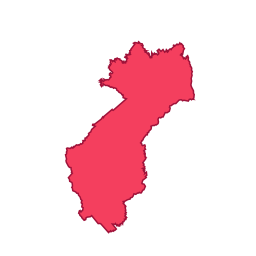 Upper Hunter, New South Wales, Australia, rotated 130°
{"feature_id": "25037944B30189264259012", "entity_name": "Upper Hunter", "entity_type": "district", "adm_level": 2, "iso_a3": "AUS", "parent_name": "Australia", "parent_adm1": "New South Wales", "projection": "natural_earth1", "projection_center": [150.757, -31.981], "detail": "fine", "context": "isolated", "style": "filled", "palette": "rose", "viewbox_px": 256, "rotation_deg": 130, "n_neighbors": 0, "source": "geoboundaries", "source_scale": "gbopen_adm2", "svg_char_len": 5844}
<svg xmlns="http://www.w3.org/2000/svg" viewBox="0 0 256 256"><g transform="rotate(130 128 128)"><path d="M206.3,138.4L205.8,136.0L206.5,134.9L208.2,133.2L209.7,132.8L209.7,132.1L211.5,130.0L210.6,127.0L210.9,125.4L210.1,124.1L211.1,123.0L211.7,120.2L213.1,118.1L213.1,116.7L214.9,116.1L215.5,115.4L215.2,114.7L215.5,114.2L218.0,112.8L218.2,112.4L217.9,111.2L219.6,110.1L220.5,109.8L221.8,110.4L222.3,110.0L222.7,110.3L222.8,111.1L222.1,111.7L222.7,112.0L225.0,111.0L225.0,109.9L225.8,108.7L225.9,106.3L226.4,105.8L226.9,102.3L225.8,101.7L225.6,102.1L224.8,101.7L224.0,102.4L222.5,102.0L220.0,99.7L218.5,99.5L220.4,89.4L219.1,88.0L218.9,87.0L220.5,76.3L219.9,76.0L220.1,75.7L219.4,75.8L218.9,75.0L218.0,75.2L218.1,74.2L216.4,73.5L216.3,72.9L215.7,73.3L215.0,72.3L212.9,72.0L211.6,78.2L210.0,76.0L209.3,76.1L209.7,75.0L209.4,74.7L209.8,74.2L209.2,74.1L209.6,73.5L209.0,73.4L209.2,72.4L208.7,71.7L208.3,72.7L207.7,72.4L207.9,71.9L207.0,72.0L206.9,71.6L206.3,72.2L205.7,71.2L205.8,71.8L204.5,71.5L204.8,70.6L203.1,71.7L202.6,71.1L200.6,71.3L200.2,72.0L199.4,70.9L198.6,71.3L198.9,71.7L198.6,72.0L197.6,71.6L197.7,72.4L197.2,72.6L197.4,73.6L196.8,73.6L196.6,74.2L195.4,74.1L195.2,75.3L194.0,74.9L193.8,75.9L193.0,76.9L192.5,76.8L190.6,79.2L189.8,79.1L189.7,79.9L189.3,79.8L188.8,83.1L187.8,83.0L187.5,85.1L187.3,83.8L183.1,82.2L181.0,80.7L179.9,81.2L178.5,80.3L177.0,80.3L174.6,81.1L173.8,79.4L171.8,79.0L171.5,78.4L170.0,77.9L170.0,77.0L169.1,76.1L166.3,76.7L165.0,76.1L161.5,77.2L160.7,79.6L161.6,81.5L161.3,81.9L158.6,83.1L154.2,82.2L154.0,83.5L152.2,83.2L150.0,85.5L151.9,85.9L151.4,86.1L151.1,87.8L150.2,87.7L150.6,89.0L149.5,89.8L149.2,88.7L148.5,88.8L149.2,90.6L148.0,89.8L146.9,90.1L146.6,92.3L145.4,92.5L145.1,94.3L140.0,94.7L139.3,95.9L138.9,95.6L138.9,96.6L137.2,97.9L137.6,98.0L137.4,99.0L136.5,98.9L136.1,99.7L135.6,99.7L135.3,101.3L133.0,100.9L132.6,102.3L130.8,103.1L130.2,104.3L132.1,105.5L132.1,106.4L131.3,107.3L131.3,108.8L129.4,108.8L129.0,109.3L127.5,108.9L125.6,109.6L121.6,109.7L120.8,108.8L119.1,110.1L118.2,109.3L117.1,109.9L114.2,109.6L112.7,110.3L111.9,111.5L109.8,110.4L109.5,109.6L107.6,108.8L107.5,108.3L105.3,107.8L103.7,108.6L102.1,110.6L100.5,111.0L99.4,110.4L99.2,109.4L97.6,109.0L97.0,108.2L92.3,109.4L91.2,107.9L88.6,107.1L86.1,108.2L85.5,108.7L85.6,109.4L84.2,110.2L83.3,109.4L79.9,108.5L78.5,107.1L73.8,106.8L72.2,105.5L71.9,104.2L72.1,103.8L70.8,103.0L68.6,99.1L66.7,99.4L65.7,98.7L65.6,97.5L64.6,97.3L64.0,96.4L64.0,96.8L62.8,96.8L59.7,98.9L59.4,100.0L57.4,101.8L55.8,105.6L54.6,107.5L51.2,109.4L49.5,111.4L46.3,112.9L45.5,114.2L43.3,115.1L43.1,116.3L41.2,117.7L40.6,118.9L40.8,119.7L39.7,120.6L39.2,122.2L37.9,123.1L37.3,125.4L35.3,126.9L34.3,128.8L36.4,129.1L36.5,128.2L38.3,128.4L38.1,130.0L39.1,130.1L38.0,132.3L38.3,134.7L37.6,134.6L37.7,133.7L36.6,133.5L36.4,134.6L35.5,134.0L32.6,135.6L30.9,135.8L30.6,137.9L29.6,138.3L29.1,141.2L29.8,141.3L29.5,143.0L31.4,142.7L32.3,143.5L32.2,144.4L35.1,144.8L35.0,146.2L35.4,146.3L35.5,145.2L40.2,145.7L40.3,144.6L40.3,146.6L43.4,147.0L43.5,146.4L44.6,146.5L44.4,148.1L43.4,148.0L43.3,149.0L44.8,148.4L46.3,148.6L45.4,151.6L48.1,152.0L47.7,154.9L50.1,155.3L50.4,153.4L50.8,153.5L51.0,152.5L52.1,152.6L52.1,152.2L53.0,152.4L52.9,154.2L53.7,154.5L53.6,155.6L54.5,155.2L55.3,155.9L55.0,156.7L55.8,156.8L55.1,158.2L56.0,157.6L56.0,155.9L56.6,155.9L57.0,156.5L57.9,155.8L58.6,156.5L58.9,155.2L59.7,155.8L59.9,156.4L59.2,157.0L58.9,158.5L58.5,158.4L58.4,159.4L57.7,159.2L57.3,160.3L57.4,160.8L58.6,161.0L58.1,162.6L58.9,163.5L58.4,164.2L56.9,163.3L57.9,165.2L56.7,165.6L57.0,167.4L56.8,168.7L55.7,169.2L55.9,170.2L55.1,169.7L54.4,171.4L55.6,172.9L55.1,174.1L55.2,175.3L56.4,174.6L58.0,177.7L59.5,178.3L59.4,176.7L65.9,176.4L66.6,175.8L67.7,176.4L69.1,174.4L69.5,174.4L69.7,175.2L70.0,175.2L70.2,173.5L71.5,174.4L71.8,175.3L72.6,175.3L72.8,177.5L73.6,175.2L74.6,175.3L74.9,176.1L75.9,175.9L75.6,174.7L74.7,174.2L74.9,173.3L75.7,173.9L76.3,172.8L77.4,172.7L78.0,171.9L78.9,172.6L80.0,171.2L79.7,172.1L80.8,173.0L79.6,174.2L80.5,174.5L81.4,173.6L81.7,174.0L80.5,176.0L81.0,178.2L80.4,178.6L81.4,180.4L81.3,181.1L82.3,181.7L83.2,180.8L83.6,181.5L82.9,182.0L83.5,182.5L84.5,182.1L85.6,180.7L85.9,182.4L87.0,182.6L86.5,183.4L86.6,184.6L87.4,185.4L88.1,184.2L89.4,183.5L89.6,182.2L90.7,182.0L91.1,182.6L91.6,181.8L92.9,182.4L92.9,181.8L94.4,181.6L94.2,180.9L95.0,179.6L95.1,176.1L95.5,175.2L96.6,175.3L97.4,175.9L97.1,176.8L98.1,177.1L99.4,176.2L99.2,174.6L100.1,173.8L101.1,174.2L101.7,173.8L103.5,173.8L104.4,175.2L105.5,175.8L106.1,177.8L106.5,176.5L108.1,176.8L107.6,180.0L108.4,180.1L109.2,180.2L108.8,179.9L109.0,179.3L110.1,179.2L109.1,178.7L109.7,178.5L109.7,177.8L110.8,178.0L110.7,177.1L111.2,177.2L111.3,176.7L112.6,176.9L113.2,174.9L112.1,175.0L111.7,174.4L110.1,175.1L109.9,172.6L108.5,170.9L108.5,170.2L107.9,169.9L108.2,169.5L108.0,167.6L107.3,167.3L107.3,166.5L106.6,165.8L106.8,164.6L106.0,164.3L105.4,162.8L105.3,162.1L106.2,161.0L106.0,159.0L106.4,158.2L105.9,155.4L106.4,154.1L105.8,153.4L106.4,153.1L106.4,152.3L107.9,151.3L106.7,148.0L124.0,150.7L124.3,151.6L124.0,152.1L135.6,154.1L135.6,153.5L136.0,153.5L135.8,154.5L138.4,154.2L146.4,156.0L147.9,157.4L148.5,157.0L147.1,156.0L148.4,156.0L147.7,154.2L152.4,154.9L155.1,154.0L156.3,154.6L157.9,154.5L158.1,153.7L158.9,153.4L161.7,153.8L162.0,153.3L163.4,154.4L165.1,152.9L166.5,154.3L166.7,153.4L167.9,153.6L168.9,152.8L170.5,153.5L170.4,154.1L172.7,154.5L172.8,155.3L173.9,155.9L174.1,156.7L177.0,157.0L176.9,157.6L177.8,157.7L177.9,157.2L178.6,157.3L178.5,157.9L179.2,158.0L179.1,158.9L180.7,159.0L182.4,161.7L183.2,161.9L184.5,160.1L186.1,159.7L186.4,159.0L187.6,158.4L188.6,158.7L191.3,155.1L192.9,154.5L193.9,153.2L195.6,149.0L195.8,147.5L195.0,146.2L196.6,144.6L197.2,143.2L198.3,142.9L198.4,141.6L204.4,141.7L204.9,139.9L206.3,138.4Z" fill="#f43f5e" stroke="#9f1239" stroke-width="1.5"/></g></svg>